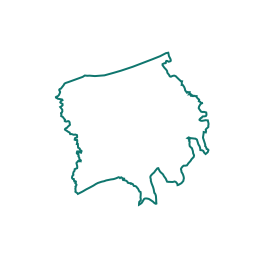 the district of Pujehun, Southern, Sierra Leone, rotated 133°
{"feature_id": "65957751B2614126839094", "entity_name": "Pujehun", "entity_type": "district", "adm_level": 2, "iso_a3": "SLE", "parent_name": "Sierra Leone", "parent_adm1": "Southern", "projection": "albers", "projection_center": [-11.562, 7.3], "detail": "fine", "context": "isolated", "style": "outline", "palette": "teal", "viewbox_px": 256, "rotation_deg": 133, "n_neighbors": 0, "source": "geoboundaries", "source_scale": "gbopen_adm2", "svg_char_len": 5730}
<svg xmlns="http://www.w3.org/2000/svg" viewBox="0 0 256 256"><g transform="rotate(133 128 128)"><path d="M210.4,119.7L205.5,117.9L201.4,116.7L197.8,115.4L193.7,114.0L190.9,113.3L188.7,112.5L185.2,110.6L183.2,109.2L181.2,108.2L179.4,106.9L177.4,105.5L175.2,103.7L173.1,102.5L171.5,101.8L170.4,101.3L170.1,100.6L170.1,99.7L169.4,99.6L168.7,99.3L168.6,98.8L168.5,97.8L168.9,97.1L168.3,97.2L167.7,96.3L168.4,95.8L168.9,95.4L168.5,94.8L167.9,93.6L167.7,92.5L167.7,91.7L168.2,90.9L167.4,89.3L166.7,88.7L166.4,88.2L166.8,87.7L166.3,87.2L165.8,86.6L165.8,86.0L166.2,84.9L166.4,84.3L165.5,83.0L165.2,81.9L165.5,80.5L165.5,79.4L166.3,77.4L166.7,76.3L166.2,75.3L167.0,74.2L169.0,72.5L170.2,71.6L171.1,70.4L171.8,69.7L172.3,69.3L173.3,69.4L174.3,69.4L175.3,68.7L176.6,67.6L175.6,67.3L173.7,66.9L172.2,67.1L170.0,67.6L168.9,67.8L168.0,67.5L167.0,66.5L166.3,65.5L165.7,64.5L165.3,62.6L165.0,60.6L164.8,59.4L164.9,58.1L164.7,56.6L164.4,55.9L163.9,55.7L162.1,57.7L161.5,58.2L160.3,59.5L158.7,61.2L158.2,62.0L157.8,62.8L157.5,63.6L157.5,64.5L156.3,66.1L155.3,67.4L154.1,69.4L153.3,71.1L152.4,73.0L151.1,75.2L150.0,76.3L149.6,76.9L149.2,77.6L148.5,78.3L148.0,78.6L146.9,78.8L144.4,78.8L143.4,78.6L142.3,78.6L141.1,78.8L139.7,78.9L138.2,79.0L137.4,79.0L136.7,78.4L137.2,77.4L138.0,75.0L138.1,73.3L138.0,71.3L138.2,70.3L138.7,69.0L139.0,67.4L139.3,65.8L139.9,64.5L140.6,62.8L139.8,61.7L138.9,60.7L137.3,58.8L136.3,58.0L135.5,57.6L134.9,56.5L134.9,55.3L135.2,53.8L136.0,52.8L135.2,52.3L131.9,51.3L129.1,51.4L126.6,52.9L125.6,54.2L124.9,55.4L124.2,56.9L123.7,58.8L122.9,59.8L121.9,61.3L120.6,61.7L118.8,61.8L117.6,61.6L116.6,60.5L115.1,59.4L112.6,59.8L110.1,59.8L108.6,59.9L108.0,60.2L104.3,60.2L102.9,61.1L102.0,63.2L101.2,64.1L100.4,65.2L99.8,66.5L99.2,67.3L99.3,68.3L99.2,69.6L99.2,70.4L98.3,71.6L97.4,72.5L96.1,73.4L95.8,74.1L95.8,74.6L94.7,74.9L94.7,75.6L94.2,75.9L94.8,77.5L93.5,77.2L92.8,75.4L91.3,73.4L90.6,72.4L89.8,71.4L89.5,69.7L90.5,67.9L92.0,65.3L92.5,63.3L93.3,61.8L94.8,60.0L93.7,58.5L93.4,57.3L94.1,55.4L94.1,53.5L91.4,53.2L90.2,53.7L89.3,54.1L89.2,55.3L89.7,56.2L88.9,57.6L88.6,58.6L88.6,59.3L87.7,59.9L86.8,61.4L84.7,65.2L84.0,66.5L82.8,67.4L80.7,68.8L79.3,69.9L78.2,68.1L77.1,68.7L76.3,70.0L75.1,70.2L73.7,70.0L72.4,70.0L71.5,70.9L70.4,71.6L69.7,72.3L68.5,74.1L68.0,74.8L69.4,76.6L70.8,77.6L72.0,78.5L72.9,79.5L73.4,81.0L73.0,81.5L71.0,81.5L70.2,81.1L69.3,81.3L68.5,81.2L67.9,80.5L67.3,80.0L66.2,79.2L65.2,79.4L64.4,80.0L63.3,81.4L64.2,83.1L65.7,84.7L66.2,85.8L65.8,87.6L65.6,88.7L65.2,89.9L63.7,90.7L61.6,91.2L60.5,91.2L58.6,90.4L58.9,90.7L59.6,90.9L59.6,91.7L59.9,92.2L59.8,92.6L59.6,93.2L59.7,93.5L60.0,93.9L60.1,94.5L59.6,94.7L59.2,95.1L58.8,95.3L58.8,95.7L58.7,96.0L58.8,96.5L58.9,97.0L58.7,98.0L58.6,98.5L58.4,99.2L57.9,99.6L58.2,99.9L58.7,100.2L58.9,100.5L58.9,101.0L59.3,101.5L60.3,102.1L60.8,102.9L60.3,103.3L60.7,103.7L61.2,103.7L61.5,103.9L61.4,104.3L61.1,104.5L60.6,104.7L60.6,105.1L60.9,105.5L61.4,106.0L60.4,105.9L60.3,107.1L59.8,107.4L60.2,107.8L60.7,107.8L60.7,108.4L60.9,108.8L61.5,108.7L62.0,108.9L61.5,111.8L60.5,113.2L59.7,114.9L59.2,117.2L59.9,118.1L59.2,118.5L58.0,119.8L57.0,120.3L57.7,121.3L57.7,123.8L57.6,127.6L57.5,128.1L58.0,129.7L58.5,130.2L59.2,130.7L60.1,131.2L60.8,131.4L61.0,131.5L61.5,132.0L61.7,132.8L61.5,133.3L61.3,133.5L61.3,133.8L61.0,135.1L60.9,136.4L60.4,137.4L59.7,138.2L59.3,139.8L59.1,142.6L58.9,143.6L58.5,145.6L57.7,146.3L56.9,146.0L55.7,145.5L55.2,144.9L54.7,144.7L53.6,145.5L52.8,145.7L52.2,145.0L51.9,143.6L51.1,143.0L50.1,142.5L49.7,142.6L49.4,142.8L49.0,143.3L48.5,144.2L47.5,147.1L46.6,148.3L45.5,149.9L47.4,151.3L53.6,153.5L61.0,157.0L80.0,166.3L91.0,172.3L98.2,176.6L105.5,181.1L112.6,187.6L116.0,191.9L117.4,193.2L119.1,195.4L121.5,196.0L135.0,202.9L137.4,204.2L138.8,204.7L140.5,204.3L142.5,204.1L142.8,204.1L144.9,203.9L145.9,204.4L146.7,204.5L147.4,203.8L147.5,203.0L147.9,202.5L147.9,202.3L148.4,201.9L150.9,201.0L151.1,201.0L152.1,201.0L153.3,201.1L153.8,201.7L154.6,201.8L154.9,201.4L154.4,199.2L152.5,196.3L152.1,195.6L152.3,194.9L154.4,195.4L155.5,194.9L155.5,194.3L155.1,192.2L156.1,191.3L157.6,191.5L158.9,191.9L159.2,189.9L159.4,188.6L159.8,188.2L160.7,187.3L161.3,187.2L161.8,186.9L162.6,187.2L163.1,186.9L163.5,186.0L164.3,185.3L164.8,185.1L164.4,182.9L164.8,181.1L164.8,180.6L164.9,179.7L166.0,179.1L166.0,178.5L165.5,177.7L165.2,177.4L163.8,176.5L163.5,176.1L163.5,175.1L163.9,174.3L164.5,173.7L165.1,172.8L165.5,172.6L166.4,172.7L167.3,172.8L168.4,172.9L169.1,172.7L169.6,172.8L170.7,173.3L171.4,173.4L172.0,173.2L172.2,172.8L171.8,170.8L171.6,169.2L171.1,167.6L171.9,166.1L170.9,165.1L170.6,164.5L170.1,163.3L169.6,162.7L168.8,162.2L168.4,161.3L168.0,160.7L168.1,160.3L169.3,159.0L169.7,158.9L170.2,159.1L171.2,159.8L172.0,159.6L172.9,159.0L172.7,158.4L172.2,157.7L171.5,157.1L171.6,156.8L172.8,155.7L173.6,155.1L174.6,154.5L173.9,153.8L175.3,152.3L176.0,151.6L176.4,151.0L176.0,149.8L176.0,149.2L176.5,148.7L176.9,147.5L176.5,147.0L176.4,146.6L176.6,146.2L178.1,145.5L178.3,145.9L178.1,146.7L178.4,147.2L178.9,147.3L180.0,147.1L180.8,147.7L179.3,148.7L179.8,149.2L180.7,148.8L181.4,148.2L181.5,145.5L182.6,144.9L182.8,143.6L183.3,143.1L183.7,142.4L184.3,141.8L183.8,140.8L184.0,140.3L184.5,140.3L184.7,140.0L185.5,140.9L185.4,141.7L186.2,142.0L187.3,141.8L188.2,142.0L188.9,141.7L189.9,140.1L190.4,139.3L191.2,138.4L192.1,137.8L193.3,138.4L194.5,138.9L195.8,137.9L197.0,137.9L197.9,137.5L198.5,137.2L199.1,136.7L199.5,136.0L200.6,136.0L201.4,135.8L202.4,135.2L202.9,134.4L202.9,133.5L202.3,132.9L202.9,132.1L203.7,130.8L203.5,130.4L202.7,130.0L202.8,129.4L203.5,129.0L204.3,128.8L204.3,128.1L204.6,127.0L205.6,126.5L206.7,126.5L207.4,125.5L208.4,125.1L209.2,123.9L210.5,123.0L210.2,120.4L210.4,119.7Z" fill="none" stroke="#0f766e" stroke-width="2"/></g></svg>